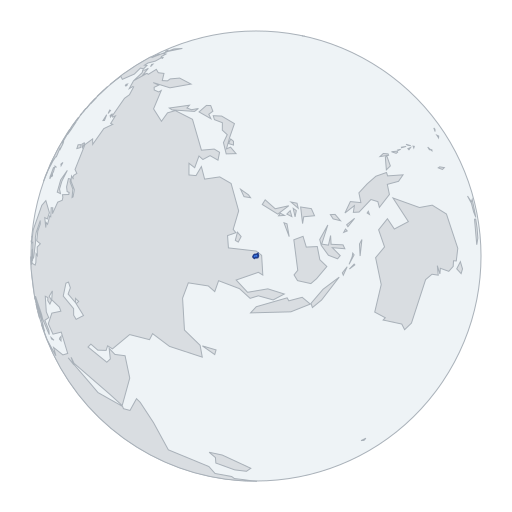 Đắk Lắk highlighted on a globe, orthographic projection, rotated 304°
{"feature_id": "VNM-477", "entity_name": "Đắk Lắk", "entity_type": "Province", "adm_level": 1, "iso_a3": "VNM", "parent_name": "Vietnam", "parent_adm1": "", "projection": "orthographic", "projection_center": [108.237, 12.77], "detail": "fine", "context": "on_globe", "style": "filled", "palette": "blue", "viewbox_px": 512, "rotation_deg": 304, "n_neighbors": 0, "source": "natural_earth", "source_scale": "10m", "svg_char_len": 10239}
<svg xmlns="http://www.w3.org/2000/svg" viewBox="0 0 512 512"><g transform="rotate(304 256 256)"><circle cx="256" cy="256" r="225" fill="#eef3f6" stroke="#a8b0b8"/><path d="M461.6,331.8L461.2,333.3L461.1,333.5L461.6,331.8ZM361.8,57.1L362.1,57.9L369.7,62.9L362.2,58.7L381.8,72.2L386.9,78.9L376.5,68.7L371.9,65.7L373.1,68.4L368.7,66.1L366.7,66.3L361.2,63.5L355.6,58.5L351.9,56.9L353.0,59.0L348.2,58.1L347.2,55.1L338.8,53.4L327.7,46.4L329.4,43.4L318.7,39.7L316.4,39.0L332.0,43.9L347.1,50.0L361.8,57.1ZM465.4,172.8L465.4,173.0L465.5,173.3L465.4,172.8ZM465.5,173.2L465.3,172.8L465.4,173.0L465.5,173.2ZM464.9,172.3L464.7,171.9L464.4,171.0L464.9,172.3ZM376.2,67.5L375.0,66.1L377.7,68.3L376.2,67.5ZM367.4,66.9L369.1,68.1L367.4,67.8L367.4,66.9ZM357.4,63.3L354.0,62.7L356.5,62.4L357.4,63.3ZM351.4,61.8L343.3,61.0L346.5,63.5L332.8,56.5L344.3,59.1L346.8,58.2L348.0,60.0L351.4,61.8ZM308.5,36.9L308.7,37.0L300.5,35.2L299.1,34.9L308.5,36.9ZM326.5,53.1L323.7,52.5L325.6,52.3L326.5,53.1ZM313.5,38.2L312.8,38.1L306.0,36.6L304.8,36.4L300.3,35.1L313.5,38.2ZM295.8,34.3L293.1,33.9L297.3,34.7L292.4,34.0L290.2,33.4L289.1,33.3L287.6,33.1L295.8,34.3ZM277.0,31.7L277.1,31.8L274.8,31.5L277.0,31.7ZM283.5,32.4L283.3,32.4L279.3,32.0L280.2,32.0L283.5,32.4ZM289.7,33.8L297.9,35.1L298.1,35.2L289.7,33.8ZM274.7,31.5L275.8,31.7L274.0,31.5L274.7,31.5ZM284.9,32.9L287.8,33.3L284.9,32.9ZM275.7,31.9L274.2,31.6L276.4,31.8L275.7,31.9ZM279.7,32.3L279.2,32.4L278.1,31.9L281.0,32.4L279.7,32.3ZM284.6,33.0L285.6,33.2L283.3,32.9L284.6,33.0ZM268.1,31.8L266.1,31.1L271.0,31.3L272.2,31.8L268.1,31.8ZM79.2,116.4L79.0,116.7L77.2,119.1L70.5,128.1L61.4,145.9L67.0,139.3L66.0,151.2L69.9,154.4L84.0,137.1L77.7,131.4L83.7,121.7L94.5,118.7L101.1,125.1L103.7,121.6L105.5,111.1L113.2,106.7L106.9,107.1L104.9,111.3L100.9,112.0L102.5,108.4L105.1,106.7L104.8,103.8L92.4,113.4L89.0,118.6L84.6,116.9L78.6,125.8L75.2,128.6L84.1,114.8L87.9,110.6L99.4,95.6L95.0,99.6L83.9,114.4L84.6,112.6L78.6,119.3L83.8,112.8L97.1,96.6L97.0,96.4L119.3,76.9L124.5,73.3L124.2,74.1L135.4,67.0L136.8,66.7L129.7,70.8L124.7,74.5L125.0,78.0L127.6,77.1L134.9,72.4L134.0,74.5L141.1,69.6L145.5,70.4L146.0,65.7L154.6,61.2L161.9,59.3L164.8,57.3L152.9,60.5L148.0,62.7L143.6,65.8L130.5,72.5L128.5,72.6L142.6,63.3L141.4,62.8L153.0,56.7L178.3,50.1L184.4,50.8L176.4,60.5L170.0,62.3L169.7,59.4L162.0,65.8L166.4,63.4L165.7,65.5L173.8,62.6L173.7,63.9L181.5,59.2L182.3,60.6L177.3,63.6L189.8,61.5L193.8,64.2L196.6,63.1L198.6,61.3L202.3,66.4L204.2,65.5L203.8,63.4L207.4,60.3L215.3,57.2L216.1,59.2L213.4,60.5L209.0,66.8L201.6,70.8L202.7,71.3L209.3,68.4L214.7,60.7L219.2,58.3L217.6,61.7L218.5,60.3L221.0,59.8L224.3,61.3L226.5,57.6L252.7,51.9L261.7,55.1L257.2,58.2L276.5,58.6L285.0,63.6L284.6,61.4L293.5,61.1L291.0,59.5L291.4,58.5L313.2,58.8L318.9,60.9L327.8,60.0L327.6,59.1L323.9,57.3L332.8,56.5L346.5,63.5L346.3,65.1L355.0,69.0L353.3,72.5L355.9,77.6L349.0,80.2L351.7,84.7L354.8,85.8L360.8,93.2L362.2,106.0L347.3,90.6L342.3,73.8L343.2,79.8L338.9,77.2L336.7,78.8L337.6,83.6L340.2,84.9L320.7,88.8L314.8,102.3L325.2,102.6L331.4,107.8L333.8,126.9L313.2,151.6L321.3,161.6L321.6,167.8L314.2,170.9L313.5,161.8L306.3,158.0L307.0,152.8L294.9,155.8L295.4,148.6L285.7,155.1L289.1,161.3L299.6,160.7L291.0,170.4L301.3,181.7L302.2,194.8L283.7,216.4L265.3,222.2L264.1,226.3L257.0,221.0L247.3,228.6L260.2,253.4L259.7,260.3L244.0,272.3L243.8,267.1L225.0,253.0L221.2,269.3L235.4,284.2L240.3,300.7L229.2,294.8L224.3,280.2L217.6,274.8L219.7,260.6L214.6,238.8L203.4,241.7L204.5,233.2L195.9,214.9L180.0,218.7L154.6,238.1L150.7,259.6L142.1,268.0L132.7,234.8L133.8,213.7L127.1,214.5L120.2,195.2L98.7,188.9L98.6,183.2L93.9,184.5L89.5,177.5L90.6,168.4L86.6,167.6L84.5,191.7L89.2,192.8L97.3,185.9L95.5,194.1L100.1,203.2L84.2,219.6L57.2,228.7L59.6,212.3L65.3,165.1L67.9,160.8L68.2,160.2L68.6,159.3L63.9,166.0L66.6,157.2L58.1,188.4L54.4,201.4L56.7,229.5L55.3,231.5L57.5,237.9L70.9,236.7L69.9,241.9L60.5,264.3L46.3,291.7L51.2,315.6L55.1,334.7L52.8,343.7L59.6,359.2L59.4,362.5L63.7,370.9L67.3,378.3L69.8,382.8L61.4,369.4L53.9,355.5L47.4,341.0L41.9,326.1L37.5,310.9L34.2,295.4L32.0,279.7L30.9,263.9L30.9,248.1L32.0,232.3L34.2,216.6L37.5,201.1L41.9,185.9L47.4,171.0L53.9,156.5L61.4,142.6L69.8,129.2L79.2,116.4ZM102.9,142.3L110.2,146.3L115.9,133.6L119.2,134.4L119.9,130.1L116.3,132.8L119.4,121.5L125.8,119.9L129.5,115.1L127.2,113.6L115.0,118.6L110.4,134.2L104.9,138.0L102.9,142.3ZM146.7,59.0L146.0,59.4L146.7,59.0ZM143.4,60.9L143.0,61.1L141.6,61.9L143.4,60.9ZM129.6,69.5L125.3,72.5L122.5,74.6L129.6,69.5ZM253.6,30.7L251.7,30.8L257.2,30.7L251.6,30.9L253.5,31.0L249.8,31.6L241.0,32.2L243.8,32.3L241.1,33.2L233.9,34.1L236.4,33.1L226.6,35.0L225.8,34.3L224.7,34.5L221.3,34.5L215.3,35.2L216.0,34.9L213.4,35.4L211.1,35.6L207.7,36.3L207.8,36.0L203.6,36.9L206.0,36.3L198.9,38.1L199.7,37.9L217.5,34.0L235.4,31.7L253.6,30.7ZM271.5,31.3L269.8,31.1L269.4,31.2L267.1,31.0L268.7,31.2L265.6,31.1L266.0,31.3L262.5,31.2L266.8,31.9L256.5,32.0L251.0,31.8L259.7,30.9L258.8,30.8L262.1,30.8L271.5,31.3ZM79.6,116.5L79.1,117.6L79.2,118.2L75.5,122.8L79.6,116.5ZM88.5,105.4L83.3,111.5L83.9,110.6L88.5,105.4ZM93.2,100.5L89.0,104.9L91.6,102.1L93.2,100.5ZM130.3,70.8L131.0,70.8L129.4,72.0L126.9,73.4L130.3,70.8ZM204.6,41.9L206.9,40.8L208.2,40.6L215.9,38.7L217.1,39.4L212.9,40.9L204.6,41.9ZM80.4,139.3L76.6,141.8L77.2,139.5L78.4,139.1L80.4,139.3ZM73.9,131.6L73.2,135.6L72.9,132.8L73.9,131.6ZM207.2,42.3L210.2,41.3L208.9,42.4L207.2,42.3ZM218.3,39.9L217.6,41.0L218.1,39.3L218.3,39.9ZM161.7,446.3L166.4,449.0L163.5,448.6L161.7,446.3ZM72.1,339.3L77.1,370.4L72.2,368.5L66.8,358.0L61.9,338.5L66.2,335.1L67.1,326.9L72.1,339.3ZM297.4,340.7L304.2,341.9L303.9,342.9L297.4,340.7ZM290.3,337.0L298.1,337.6L288.9,339.1L290.3,337.0ZM301.1,337.8L309.0,336.2L312.5,334.6L311.8,336.7L301.1,337.8ZM285.0,336.8L256.2,335.0L244.8,331.6L247.5,328.1L265.9,330.2L285.0,336.8ZM246.5,327.9L229.2,316.1L205.8,283.3L214.1,284.6L238.7,305.2L237.2,308.3L247.6,317.4L246.5,327.9ZM288.6,311.0L286.9,320.6L271.0,318.9L263.8,316.9L258.8,304.2L261.6,298.1L267.5,298.6L290.6,278.3L298.6,284.0L291.5,292.7L298.1,301.5L288.6,311.0ZM151.5,261.8L155.8,275.4L151.2,276.9L151.5,261.8ZM300.0,263.7L290.6,272.7L299.2,260.6L300.0,263.7ZM305.1,252.2L305.6,257.0L301.9,252.2L305.1,252.2ZM263.8,232.8L257.6,233.5L257.4,230.1L265.4,227.3L263.8,232.8ZM302.7,205.9L302.5,215.6L301.3,218.9L298.5,212.9L302.7,205.9ZM221.5,51.7L209.5,53.2L201.6,55.7L198.4,59.0L197.8,55.5L209.9,51.5L221.5,51.7ZM248.8,51.5L251.5,49.2L253.8,50.3L253.5,50.9L248.8,51.5ZM248.0,50.1L244.9,47.4L248.7,46.3L250.4,48.5L248.0,50.1ZM225.6,43.6L221.9,43.9L223.1,42.9L225.6,43.6ZM408.7,416.6L409.5,417.5L403.0,423.5L394.9,429.9L388.8,432.7L408.7,416.6ZM356.1,435.9L357.6,429.6L365.6,428.6L360.8,434.4L356.1,435.9ZM414.3,411.7L420.1,405.2L424.0,397.8L421.3,404.3L423.8,403.6L410.9,416.7L414.3,411.7ZM331.3,409.8L287.3,422.4L278.0,420.4L281.1,414.9L274.0,397.2L277.1,397.7L275.9,385.8L302.3,375.8L321.5,356.1L335.4,357.5L346.3,343.0L360.4,344.1L355.7,355.6L369.7,363.1L380.7,337.1L387.6,364.4L396.7,373.7L397.3,390.4L375.2,419.0L363.9,424.8L362.5,422.4L357.6,425.3L351.1,424.4L348.9,415.7L344.0,418.5L349.4,411.7L342.0,417.8L339.3,412.1L331.3,409.8ZM431.0,357.8L432.6,358.4L434.6,362.7L432.0,362.2L431.0,357.8ZM457.3,338.3L457.6,340.4L456.0,341.3L457.3,338.3ZM461.1,333.5L459.3,334.9L461.6,331.8L461.1,333.5ZM441.7,340.8L442.4,342.4L441.6,343.1L441.7,340.8ZM441.1,340.3L442.3,337.5L441.9,340.3L441.1,340.3ZM433.8,326.4L434.9,324.8L435.4,325.9L433.8,326.4ZM314.2,342.3L323.8,335.1L328.9,334.6L314.2,342.3ZM432.4,323.5L429.6,323.4L429.9,321.9L432.4,323.5ZM432.7,320.0L432.5,317.9L434.0,322.7L432.7,320.0ZM427.5,315.7L430.8,319.2L427.1,316.1L427.5,315.7ZM425.4,316.3L422.9,314.8L423.1,314.2L425.4,316.3ZM396.0,320.3L405.5,332.5L397.6,332.4L388.8,324.8L381.6,332.2L365.3,331.1L369.2,326.6L367.1,319.7L350.1,316.9L346.6,312.3L352.8,309.4L341.4,305.7L353.9,303.8L358.9,313.1L365.9,306.0L377.8,307.8L389.2,310.8L398.2,317.5L396.0,320.3ZM353.8,324.1L355.9,324.1L353.9,326.8L353.8,324.1ZM418.2,310.0L421.8,314.3L421.3,315.4L419.5,314.8L418.2,310.0ZM400.3,315.9L410.1,308.1L412.3,308.2L405.8,317.0L400.3,315.9ZM407.8,303.2L412.2,304.2L414.5,308.4L413.6,309.6L407.8,303.2ZM328.4,315.1L327.8,317.6L324.6,315.5L328.4,315.1ZM332.6,313.7L342.4,316.7L331.7,315.8L332.6,313.7ZM302.6,303.8L305.5,310.0L314.7,306.4L307.7,311.7L313.9,321.9L311.7,325.6L305.6,314.6L303.4,325.6L299.3,325.2L297.1,315.6L301.3,304.2L305.3,299.6L321.9,298.2L302.6,303.8ZM332.5,306.3L329.9,299.2L331.9,294.5L334.7,298.3L332.5,306.3ZM322.1,282.0L315.2,273.6L308.9,276.5L321.6,265.6L326.2,275.4L322.1,282.0ZM316.2,264.0L310.3,266.5L316.3,260.2L316.2,264.0ZM308.7,263.7L308.0,258.1L312.7,259.0L308.7,263.7ZM319.2,264.3L320.3,254.8L322.7,260.5L319.2,264.3ZM305.9,245.5L316.0,255.1L302.9,250.6L302.2,232.4L307.7,232.2L305.9,245.5ZM335.4,175.3L333.9,170.4L338.9,169.6L338.5,173.2L335.4,175.3ZM353.7,164.1L339.7,167.8L328.3,171.6L332.0,174.0L329.7,182.2L324.0,174.2L331.8,165.6L340.5,164.3L341.5,157.7L347.7,153.6L345.8,145.3L348.4,142.1L352.8,149.3L353.7,164.1ZM344.6,141.9L343.6,128.2L353.1,130.7L355.4,134.3L351.9,139.3L347.1,137.6L344.6,141.9ZM346.1,125.8L341.5,124.2L330.2,104.7L330.2,101.4L343.8,116.5L340.1,116.0L341.2,120.7L346.1,125.8ZM324.8,53.5L323.8,52.6L326.3,53.6L324.8,53.5ZM289.8,57.6L290.9,56.5L293.7,57.4L289.8,57.6ZM295.3,54.0L291.4,53.7L295.2,53.1L295.3,54.0ZM282.7,53.4L289.7,53.2L283.6,54.6L282.7,53.4Z" fill="#d9dde1" stroke="#a8b0b8" stroke-width="1"/><path d="M253.3,256.2L253.3,255.9L253.2,255.6L253.1,255.4L253.1,255.2L253.4,254.1L253.5,254.0L253.6,253.9L253.8,253.8L254.3,253.7L254.8,253.7L255.0,253.7L255.3,253.6L255.5,253.6L256.5,253.9L256.6,254.0L256.8,254.3L256.9,254.8L257.1,255.0L257.6,255.1L257.9,255.5L258.0,255.6L258.2,255.8L258.4,255.9L258.5,255.9L258.8,256.0L259.1,256.1L258.8,256.3L258.7,256.3L258.5,256.5L258.4,256.6L258.4,256.8L258.5,256.8L258.4,256.9L258.4,257.0L258.2,257.2L257.9,257.1L257.7,257.1L257.6,257.3L257.7,257.6L257.7,257.8L257.4,258.0L257.3,257.9L257.1,257.9L256.9,257.9L256.7,258.1L256.4,258.1L256.2,258.2L256.1,258.3L255.9,258.4L255.7,258.4L255.6,258.2L255.4,258.0L255.3,257.9L255.2,257.9L254.9,257.6L254.8,257.4L255.0,257.3L255.1,257.2L254.8,256.9L254.7,256.9L254.6,256.7L254.6,256.3L254.5,256.2L253.8,256.2L253.3,256.2Z" fill="#3b82f6" stroke="#1e3a8a" stroke-width="1.5"/></g></svg>